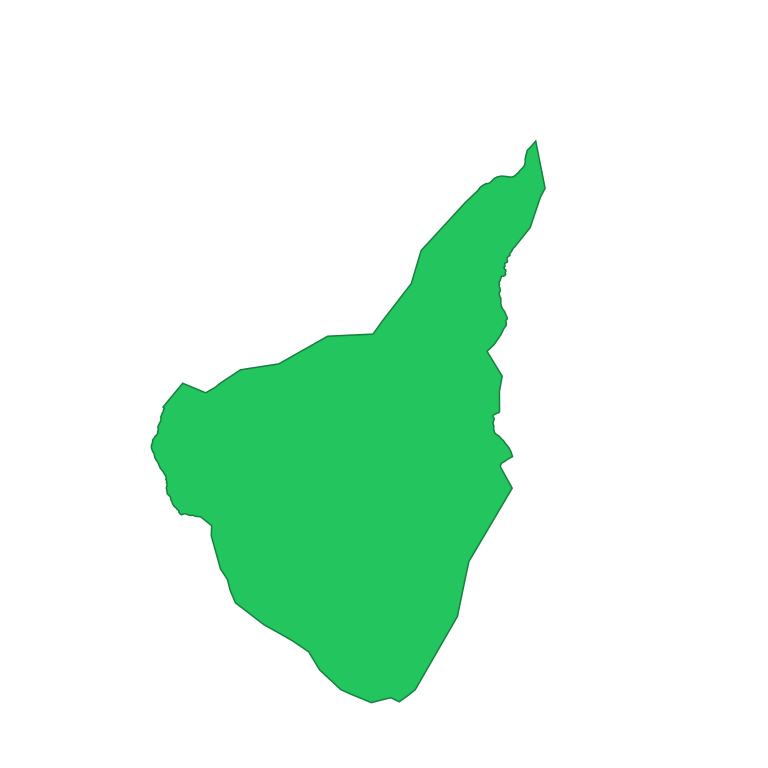 Bayangovi, Bayanhongor, Mongolia, rotated 210°
{"feature_id": "93677404B31691504211016", "entity_name": "Bayangovi", "entity_type": "district", "adm_level": 2, "iso_a3": "MNG", "parent_name": "Mongolia", "parent_adm1": "Bayanhongor", "projection": "mercator", "projection_center": [100.136, 44.533], "detail": "fine", "context": "isolated", "style": "filled", "palette": "green", "viewbox_px": 768, "rotation_deg": 210, "n_neighbors": 0, "source": "geoboundaries", "source_scale": "gbopen_adm2", "svg_char_len": 3961}
<svg xmlns="http://www.w3.org/2000/svg" viewBox="0 0 768 768"><g transform="rotate(210 384 384)"><path d="M204.2,219.4L208.6,232.6L212.1,243.2L216.0,255.0L221.7,272.5L220.9,357.9L241.4,370.2L242.1,371.2L242.4,372.0L242.6,373.1L242.4,374.7L241.0,376.9L240.3,378.2L239.7,379.9L238.7,381.5L237.2,384.1L236.5,385.1L236.5,385.6L238.1,387.0L239.4,388.1L241.4,389.7L243.8,391.1L247.0,392.5L249.4,393.3L251.1,394.2L252.3,394.7L253.6,395.0L255.2,395.3L256.0,395.7L257.9,396.3L261.8,396.6L263.6,397.0L264.9,398.2L266.9,400.4L267.8,402.6L269.0,403.5L270.0,404.5L270.6,406.5L270.8,408.4L271.3,409.1L272.1,409.8L273.0,410.1L273.6,410.5L273.9,411.4L273.2,412.8L271.6,415.1L270.3,416.5L270.2,417.7L271.0,419.4L280.3,435.2L285.6,449.9L311.1,463.8L310.0,467.4L308.3,473.3L307.4,485.2L307.6,487.7L307.7,489.0L307.9,491.4L307.8,492.7L307.8,493.9L307.4,495.6L308.0,496.6L308.4,497.8L309.1,498.5L309.9,499.2L310.2,500.1L309.8,501.5L310.0,502.5L311.7,504.1L312.6,504.6L314.4,506.0L316.0,507.2L318.2,508.0L319.2,508.6L321.2,510.0L323.3,512.4L324.0,513.8L325.9,516.9L326.5,517.3L327.5,517.7L327.9,518.3L329.5,519.9L329.8,520.7L329.8,522.7L330.2,523.5L330.7,523.9L331.1,524.6L332.4,525.7L333.3,526.3L333.7,527.1L333.7,528.1L334.7,528.8L335.2,529.9L335.1,531.3L335.4,532.8L335.7,533.5L335.6,534.4L336.2,535.4L336.0,536.1L335.7,536.5L334.4,537.1L333.7,538.2L333.6,538.7L333.4,539.2L333.6,540.1L334.2,540.6L334.8,541.2L334.8,542.4L335.1,543.1L335.7,543.7L336.7,543.6L337.2,544.0L337.7,544.6L338.3,544.6L338.5,545.2L338.1,546.4L338.5,547.2L339.4,547.9L339.7,548.5L339.6,549.2L338.5,550.6L338.1,551.4L338.4,552.0L339.0,552.8L340.1,553.8L340.5,554.6L340.4,555.4L340.1,556.8L339.3,557.8L339.2,558.4L340.0,559.2L340.2,560.2L340.0,561.3L339.8,563.3L340.1,564.0L339.9,565.2L339.9,566.5L339.4,567.8L335.6,592.4L342.0,624.4L342.3,634.0L374.1,670.3L375.5,662.7L376.3,659.8L376.8,658.0L376.2,656.1L375.1,651.8L374.0,648.8L372.7,647.0L372.0,645.0L371.6,643.3L372.1,640.0L372.9,637.3L373.4,634.2L374.5,630.5L375.4,628.8L376.3,627.6L377.1,626.9L378.7,626.1L380.7,625.3L383.6,624.1L386.1,622.9L389.3,620.2L390.9,617.8L391.6,616.2L392.1,614.0L393.0,611.1L393.9,609.9L395.0,609.0L396.0,608.5L396.7,607.0L397.9,605.2L398.9,602.7L399.3,600.8L399.1,599.7L404.3,582.1L418.6,518.2L410.6,484.6L416.8,438.6L418.5,421.7L456.7,397.2L485.2,348.8L505.8,332.3L515.5,324.4L526.5,302.1L528.7,296.3L534.1,287.2L558.7,284.0L563.9,253.6L562.1,253.0L562.0,252.5L562.2,251.9L562.1,251.2L561.7,250.5L561.5,249.5L561.6,248.5L561.3,247.3L561.1,245.0L560.8,244.0L560.5,243.2L559.7,242.5L558.7,239.8L559.0,238.7L558.7,237.5L558.8,236.1L558.4,234.9L558.4,233.6L557.4,232.7L556.6,231.8L556.3,229.7L555.7,228.6L555.3,227.8L555.3,226.5L555.8,225.0L556.1,224.4L556.0,223.1L556.0,222.1L556.4,221.0L556.2,219.7L555.7,218.6L555.0,217.3L555.2,216.8L554.9,216.2L555.0,215.4L554.5,214.8L554.5,214.0L553.8,212.9L552.8,211.8L552.4,211.3L551.4,210.8L550.8,210.0L549.8,209.5L548.2,208.6L545.8,205.7L545.2,205.5L544.1,204.6L540.4,202.8L535.7,199.2L534.1,198.6L532.9,198.2L531.5,197.6L529.7,196.5L527.6,195.6L527.1,194.9L526.5,194.9L525.6,193.7L525.3,193.4L525.4,192.7L525.2,192.1L524.5,191.9L524.1,191.4L523.6,191.2L523.2,190.8L523.1,189.8L522.8,189.4L521.7,188.8L521.4,188.3L521.2,187.2L520.9,186.9L520.7,185.7L520.6,185.1L519.3,183.8L518.7,182.9L517.8,182.1L517.2,180.9L516.3,180.4L514.8,180.0L513.5,179.7L512.4,179.4L511.6,178.4L511.1,177.4L509.7,176.5L508.6,176.0L507.7,174.8L506.5,174.1L504.6,173.2L501.5,172.5L500.5,171.9L499.3,171.9L498.2,171.7L497.9,171.4L497.7,170.6L497.2,170.2L496.2,169.9L495.1,169.4L493.7,169.6L492.8,170.8L492.1,171.8L490.4,172.6L489.1,172.5L487.9,173.0L486.7,173.0L485.5,173.6L483.7,174.9L481.4,175.0L476.4,177.3L462.4,175.1L457.7,166.2L433.1,142.1L421.7,136.3L414.2,128.5L403.2,120.2L367.6,115.5L346.1,115.8L334.5,115.8L315.3,114.4L296.8,104.2L283.3,101.1L268.6,97.7L257.7,98.8L235.7,101.7L221.4,115.7L211.9,116.4L207.7,125.7L204.1,134.8L204.2,219.4Z" fill="#22c55e" stroke="#15803d" stroke-width="1.5"/></g></svg>